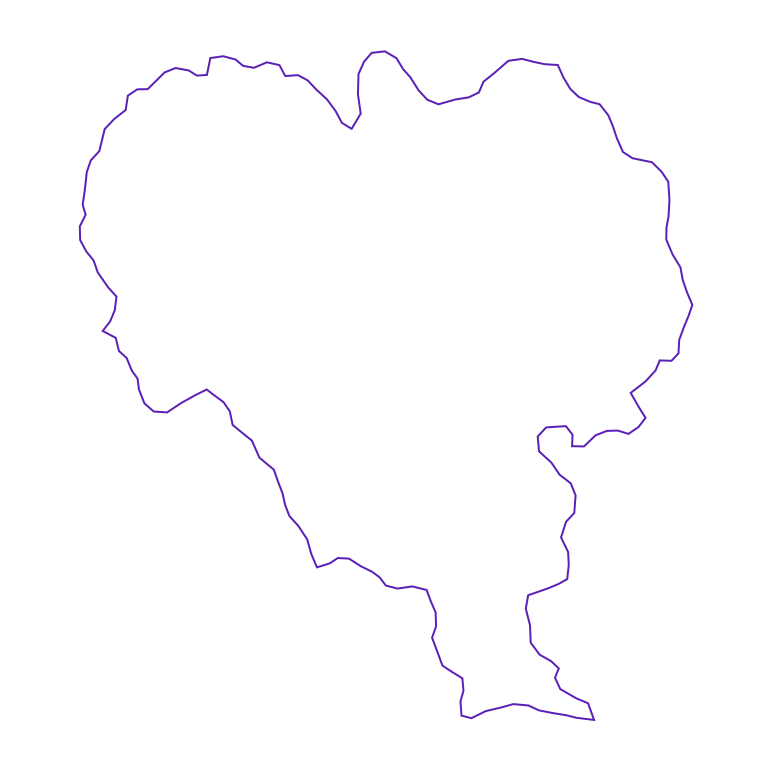 Perdigão, Minas Gerais, Brazil (Robinson projection), rotated 181°
{"feature_id": "56859067B61939852809090", "entity_name": "Perdigão", "entity_type": "district", "adm_level": 2, "iso_a3": "BRA", "parent_name": "Brazil", "parent_adm1": "Minas Gerais", "projection": "robinson", "projection_center": [-45.063, -19.922], "detail": "fine", "context": "isolated", "style": "outline", "palette": "violet", "viewbox_px": 768, "rotation_deg": 181, "n_neighbors": 0, "source": "geoboundaries", "source_scale": "gbopen_adm2", "svg_char_len": 2477}
<svg xmlns="http://www.w3.org/2000/svg" viewBox="0 0 768 768"><g transform="rotate(181 384 384)"><path d="M103.3,591.2L110.2,601.1L120.0,610.4L139.5,614.1L149.1,620.1L155.2,633.1L159.8,646.1L164.5,656.7L173.3,667.5L182.7,669.7L194.2,674.3L202.8,682.2L209.9,693.5L215.8,706.0L228.4,706.5L240.1,708.7L251.6,711.5L265.3,709.3L278.5,697.4L289.8,688.0L294.2,677.2L304.2,672.1L317.7,669.7L334.4,664.6L345.7,669.0L354.6,678.3L363.1,691.3L370.3,699.0L377.2,710.0L388.9,716.6L402.1,714.9L409.5,706.0L414.9,693.5L415.1,673.0L412.0,654.0L420.8,638.6L430.6,644.3L437.1,656.0L445.9,667.5L457.2,677.6L465.6,686.2L475.3,691.3L488.1,690.2L494.1,701.0L506.7,703.6L519.5,697.9L530.4,699.6L538.0,705.8L550.3,708.9L563.3,706.9L566.5,689.9L576.5,689.1L584.7,694.1L597.9,696.3L608.8,691.7L617.6,682.7L625.4,674.7L635.8,674.3L645.1,667.9L647.1,653.4L658.3,644.3L667.7,634.0L672.7,611.9L681.1,602.4L684.9,590.5L686.5,572.9L688.4,558.1L685.3,548.0L690.9,536.3L690.3,522.6L684.0,511.4L676.5,502.4L672.1,490.5L661.4,475.7L653.0,466.7L654.5,453.0L658.9,441.8L666.2,432.1L653.0,425.4L649.6,412.4L641.7,405.4L636.4,393.0L630.5,385.1L628.9,374.3L623.2,360.4L613.8,352.5L600.4,351.8L586.7,361.3L573.1,369.2L561.2,375.4L553.8,369.9L544.2,363.1L537.7,354.0L534.6,340.4L524.5,332.4L515.1,325.1L507.3,308.2L492.6,296.3L488.2,284.4L483.6,273.1L480.7,261.2L476.3,250.4L467.1,240.5L458.1,227.3L453.7,212.7L447.8,199.5L435.2,203.7L427.1,209.2L416.0,208.8L403.8,201.3L392.9,196.2L385.1,190.7L378.6,182.5L366.9,179.7L352.2,182.1L337.8,178.8L333.6,168.0L328.4,156.5L327.7,142.6L331.5,131.2L326.1,117.5L320.6,103.4L310.8,97.2L300.5,91.1L299.2,78.7L302.0,67.9L300.7,53.8L290.8,51.4L276.6,58.7L261.3,62.6L249.1,66.2L233.9,65.1L223.4,60.4L208.7,57.8L195.9,56.0L185.7,53.6L168.1,51.8L174.4,68.4L186.1,73.0L202.4,82.0L207.9,93.3L204.3,102.7L212.1,109.8L223.6,116.0L232.8,127.9L233.8,145.3L238.3,161.8L236.2,175.3L227.1,178.6L215.8,182.8L205.8,187.2L197.4,192.2L196.1,206.3L197.0,219.3L204.3,233.7L199.5,249.5L191.5,258.4L190.5,276.0L195.5,287.9L206.8,296.3L215.2,308.2L227.8,319.4L229.4,334.2L221.1,343.4L210.8,344.3L201.4,345.0L194.6,336.6L194.9,325.1L182.9,325.1L171.6,336.4L160.3,341.0L149.4,341.5L138.7,338.4L128.8,345.4L121.9,354.7L128.8,365.3L137.2,379.4L122.4,391.3L112.7,402.3L108.7,412.4L97.0,412.2L90.1,419.7L89.6,433.4L84.6,447.5L80.6,457.6L77.1,468.4L82.7,481.2L87.1,493.1L89.6,505.7L97.8,518.7L104.3,533.4L104.3,545.3L102.4,556.6L101.8,572.9L103.3,591.2Z" fill="none" stroke="#5b21b6" stroke-width="2"/></g></svg>